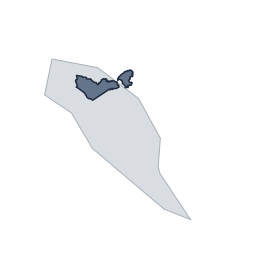 Ngatpang, Aimeliik, Palau (highlighted), rotated 121°
{"feature_id": "81905179B51358963868347", "entity_name": "Ngatpang", "entity_type": "district", "adm_level": 2, "iso_a3": "PLW", "parent_name": "Palau", "parent_adm1": "Aimeliik", "projection": "mercator", "projection_center": [134.507, 7.458], "detail": "fine", "context": "in_parent", "style": "filled", "palette": "slate", "viewbox_px": 256, "rotation_deg": 121, "n_neighbors": 0, "source": "geoboundaries", "source_scale": "gbopen_adm2", "svg_char_len": 4608}
<svg xmlns="http://www.w3.org/2000/svg" viewBox="0 0 256 256"><g transform="rotate(121 128 128)"><path d="M142.6,216.5L108.0,228.7L91.9,184.9L97.3,134.1L120.1,95.0L145.0,82.5L150.1,78.0L174.3,27.3L179.0,55.3L163.8,148.1L144.2,184.3L142.6,216.5Z" fill="#d9dde1" stroke="#a8b0b8" stroke-width="1"/><path d="M98.6,174.7L99.0,174.7L99.7,174.9L100.5,175.5L100.8,175.1L101.1,175.1L101.5,175.2L102.2,175.4L102.8,175.3L103.2,175.2L103.8,175.7L103.9,176.0L104.2,176.1L104.6,175.8L105.1,176.1L105.8,175.9L106.1,176.1L106.6,176.3L106.5,176.8L105.6,178.3L105.5,178.6L105.5,179.0L106.3,180.4L106.4,180.6L106.4,181.0L106.3,181.3L106.0,181.8L106.0,182.0L105.9,182.4L106.0,183.0L106.0,183.3L105.9,183.5L105.6,184.2L105.4,184.6L105.2,185.5L105.7,185.8L107.0,188.3L107.1,188.7L106.4,189.3L106.3,189.9L106.5,190.9L107.9,193.0L107.4,193.7L107.4,194.4L107.9,195.1L108.1,195.6L108.6,197.1L108.9,197.4L109.1,198.5L109.6,199.1L109.9,198.9L112.1,196.6L112.4,196.5L112.7,196.6L112.9,196.7L113.1,197.1L113.5,197.4L114.1,197.5L115.0,196.8L117.5,193.8L118.0,193.3L118.7,193.2L119.5,193.4L119.6,193.1L119.5,191.7L120.2,184.1L121.0,181.9L121.5,181.4L121.6,181.0L121.7,180.6L121.9,180.2L122.7,179.1L122.9,178.7L123.0,178.3L122.9,177.6L123.0,176.9L122.7,175.8L122.3,175.4L122.1,175.1L122.2,174.7L122.3,174.0L122.4,173.5L122.3,172.5L104.2,163.9L104.3,163.7L104.4,163.2L104.5,163.1L104.5,162.9L104.4,162.8L104.0,162.7L103.6,162.5L103.4,162.4L102.6,162.4L102.4,162.3L102.2,162.1L102.5,161.8L102.5,161.7L102.9,161.4L102.9,161.2L102.5,161.1L101.9,160.7L101.4,160.3L100.8,159.4L100.2,158.4L99.9,158.1L99.4,157.9L98.9,157.8L98.6,157.6L98.3,157.4L97.9,156.9L97.7,156.9L97.5,157.0L97.1,157.4L96.8,157.5L96.7,157.5L96.3,157.7L96.2,157.9L96.2,158.0L96.2,158.5L96.3,158.5L96.2,158.7L96.3,159.0L96.1,159.2L96.1,159.4L96.0,159.6L95.9,159.7L95.9,159.8L95.9,160.0L95.7,160.1L95.3,160.3L95.1,160.4L94.7,160.6L94.6,160.9L94.4,161.0L94.3,161.4L94.9,162.6L95.0,162.8L95.0,163.2L94.8,164.0L94.8,164.3L95.3,164.8L95.5,165.1L95.6,165.4L95.5,165.9L95.5,166.0L96.1,166.3L96.5,166.3L96.8,166.7L96.8,167.0L96.8,167.3L97.4,167.3L97.5,167.3L97.9,167.7L97.9,168.1L97.8,168.3L98.5,168.5L98.5,169.0L98.4,169.2L98.3,169.3L98.9,169.4L99.0,169.5L98.9,169.8L98.8,170.0L99.0,170.6L98.9,170.7L98.8,170.8L98.7,170.9L98.4,170.7L98.3,170.9L97.9,170.9L97.6,171.0L97.5,171.3L97.6,171.7L97.6,171.8L97.5,172.0L97.2,172.0L97.2,172.3L97.6,172.3L97.8,172.4L97.9,172.8L98.0,173.0L98.3,173.1L98.2,173.7L98.5,173.9L98.5,174.0L98.5,174.5L98.6,174.7ZM92.1,161.5L91.9,161.4L92.0,161.4L92.0,161.2L91.9,161.2L91.7,161.3L91.8,161.4L91.7,161.6L91.6,161.4L91.5,161.2L91.3,161.1L91.2,161.0L91.0,160.9L90.9,160.7L90.7,160.4L90.7,160.0L90.6,159.5L90.4,159.2L90.5,158.8L90.6,158.7L90.6,158.3L90.7,158.1L90.7,157.8L90.8,157.8L90.8,157.6L90.9,157.3L91.0,156.9L91.3,156.6L91.7,156.4L92.1,156.1L92.5,155.8L92.6,155.7L92.9,155.6L92.8,155.4L92.6,154.8L92.7,154.5L92.6,154.2L92.9,153.7L93.2,153.4L93.3,153.3L93.3,153.0L93.4,152.9L93.5,152.7L93.5,152.4L93.6,152.2L93.6,151.9L93.7,151.7L93.8,151.6L93.9,151.4L94.0,151.4L94.3,151.3L94.6,151.3L94.8,151.2L94.8,150.9L94.7,150.7L94.2,150.4L93.8,150.3L93.7,150.2L93.5,149.8L93.4,149.4L93.5,149.2L93.4,149.0L93.3,148.8L93.2,148.8L92.9,149.0L92.7,149.0L92.6,149.3L92.3,149.6L92.1,149.7L91.9,149.8L91.7,150.0L91.4,149.6L91.3,149.4L91.1,149.1L90.7,148.8L90.4,148.3L90.4,148.2L90.1,147.9L89.9,147.6L89.6,147.4L89.3,147.3L89.2,147.4L88.8,147.5L88.7,147.6L88.3,147.8L87.5,147.8L87.3,147.7L87.1,148.0L87.0,148.3L87.1,148.5L87.2,148.9L87.3,149.0L87.8,149.9L87.9,150.0L87.9,150.3L87.9,150.6L87.7,151.1L87.2,151.5L86.9,151.7L86.5,151.8L86.3,151.8L86.0,151.8L85.8,151.6L85.6,151.6L85.3,151.5L85.0,151.5L84.9,151.5L84.5,151.7L84.3,151.9L84.4,152.0L84.2,152.3L84.0,152.5L84.0,152.8L84.0,152.7L83.9,152.6L83.6,152.6L83.6,152.4L83.4,152.3L83.0,152.2L82.9,152.1L82.6,151.9L82.4,152.0L82.2,151.8L81.9,151.7L81.6,151.6L81.4,151.5L81.6,151.3L81.5,151.2L81.5,150.8L81.1,150.9L79.9,151.2L79.9,151.6L80.0,151.7L79.9,151.7L79.9,151.8L79.7,152.0L79.7,151.9L79.3,152.2L79.2,152.3L78.9,152.2L78.6,152.1L78.2,152.1L77.9,152.4L77.8,152.6L77.7,152.6L77.5,152.8L77.6,153.1L77.5,153.3L77.4,153.3L77.2,153.6L77.1,153.9L77.1,154.1L77.2,154.3L77.1,154.6L77.0,154.8L77.0,155.0L77.0,155.3L77.2,155.7L77.3,155.7L77.4,155.8L77.4,156.2L77.7,156.4L77.9,156.4L78.0,156.4L78.2,156.6L78.3,156.6L78.3,156.8L78.4,157.0L78.6,157.2L78.7,157.4L78.9,157.8L79.2,158.1L79.5,158.2L80.0,158.2L80.4,158.4L80.5,158.5L80.7,159.0L80.8,159.0L80.9,159.3L81.0,159.5L80.9,159.5L81.0,159.7L80.9,159.7L83.4,160.2L85.3,161.2L89.0,162.1L89.7,162.2L91.3,162.0L92.1,161.5Z" fill="#64748b" stroke="#1e293b" stroke-width="1.5"/></g></svg>